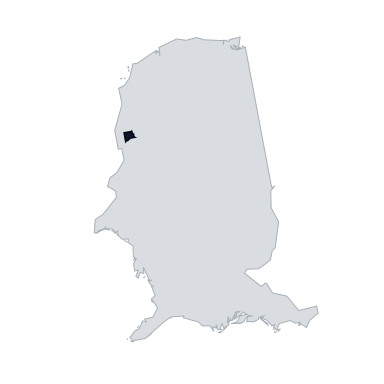 location of Graham, Arizona, United States of America, rotated 80°
{"feature_id": "52423323B31038299720868", "entity_name": "Graham", "entity_type": "district", "adm_level": 2, "iso_a3": "USA", "parent_name": "United States of America", "parent_adm1": "Arizona", "projection": "orthographic", "projection_center": [-110.126, 33.039], "detail": "fine", "context": "in_parent", "style": "filled", "palette": "ink", "viewbox_px": 384, "rotation_deg": 80, "n_neighbors": 0, "source": "geoboundaries", "source_scale": "gbopen_adm2", "svg_char_len": 4570}
<svg xmlns="http://www.w3.org/2000/svg" viewBox="0 0 384 384"><g transform="rotate(80 192 192)"><path d="M311.1,116.6L327.3,107.5L326.0,89.0L333.3,88.8L338.6,98.2L345.4,102.8L340.5,108.1L341.0,110.0L338.9,108.3L339.2,112.8L335.6,117.7L336.7,128.9L341.5,131.8L343.2,130.4L341.9,128.8L342.9,129.4L344.0,131.3L339.0,135.2L337.0,133.5L337.7,136.7L331.4,140.2L327.9,146.2L327.6,143.8L326.5,142.5L327.3,148.4L329.1,148.8L330.4,153.5L329.2,160.7L324.1,158.5L324.9,154.0L323.3,157.5L325.9,161.2L328.3,163.0L329.6,165.5L328.5,176.7L327.7,170.2L322.1,165.9L322.2,159.0L319.4,162.1L323.8,170.5L319.4,169.1L318.3,169.8L318.4,166.6L318.0,165.8L317.6,168.4L318.2,170.3L324.7,171.8L324.1,173.8L320.6,171.6L319.6,171.4L323.8,174.0L325.4,174.3L325.4,176.8L323.2,175.7L326.9,178.2L326.4,178.8L324.6,177.6L321.0,177.9L326.2,179.7L328.8,178.7L334.2,185.9L329.7,180.5L331.9,184.3L326.7,185.2L331.6,188.0L332.9,186.2L331.9,190.7L326.8,191.1L330.3,192.0L328.4,194.8L331.8,195.1L326.8,197.8L325.8,204.8L321.2,208.2L314.3,222.4L312.7,221.5L311.5,232.9L311.8,235.5L315.3,242.7L328.2,263.4L328.2,276.3L324.5,278.2L319.2,272.9L317.4,267.7L310.4,263.0L311.7,259.7L309.0,260.6L308.4,252.2L300.1,246.0L290.4,250.5L287.6,246.3L277.5,248.3L278.4,246.2L277.0,248.4L272.5,250.3L271.8,246.7L271.5,249.4L257.5,253.0L263.9,253.6L262.4,257.4L267.5,259.7L265.5,261.9L259.6,258.6L259.9,262.1L252.6,262.0L247.9,258.4L245.8,261.0L234.9,259.5L229.4,265.1L230.8,263.6L227.3,262.8L226.4,268.9L220.4,273.6L221.7,272.2L217.4,272.2L219.1,274.0L214.4,277.1L213.1,283.8L210.7,283.0L212.9,284.5L213.8,290.4L216.2,293.7L214.8,295.2L202.2,292.0L198.6,283.6L184.3,267.5L177.7,267.0L171.8,274.3L163.7,270.2L159.7,262.4L149.0,253.4L137.0,253.7L137.1,257.2L117.8,257.4L93.3,245.6L77.1,246.2L75.3,240.0L68.9,233.7L55.5,228.0L55.8,223.7L46.5,203.3L47.1,201.4L49.1,204.1L48.1,199.8L53.0,200.0L43.9,199.4L38.6,180.6L41.6,171.4L40.7,160.5L44.1,154.0L48.4,134.7L52.4,135.7L48.0,134.1L50.2,129.1L48.6,128.9L47.7,117.7L57.3,120.8L54.5,126.3L58.3,122.6L57.3,127.4L54.7,128.3L56.4,128.7L58.6,126.9L60.0,122.1L58.4,114.3L201.4,112.8L200.8,109.9L204.5,114.2L221.4,116.8L236.5,111.8L261.5,119.9L263.6,123.1L272.5,126.6L279.2,139.2L277.6,151.5L281.1,154.3L297.0,140.1L294.4,135.4L295.7,134.0L305.4,130.3L311.1,116.6ZM334.3,141.6L337.0,139.8L328.1,147.1L334.9,139.9L334.3,141.6ZM58.4,119.1L59.3,122.2L59.1,122.7L57.7,120.2L58.4,119.1ZM215.9,292.7L213.8,287.7L213.6,284.8L214.1,287.8L215.9,292.7ZM341.3,108.1L342.0,109.6L341.4,109.5L341.3,108.1ZM248.3,259.9L248.8,261.1L247.5,260.3L248.3,259.9ZM60.4,233.4L62.0,232.9L62.1,233.1L60.4,233.4ZM58.7,232.8L58.0,233.6L57.5,232.8L58.7,232.8ZM341.7,134.3L341.3,135.6L341.0,135.5L341.7,134.3ZM214.2,281.9L213.5,284.4L215.3,279.5L214.2,281.9ZM324.3,256.5L326.7,260.6L323.9,256.1L324.3,256.5ZM68.3,238.0L68.9,239.3L68.2,238.1L68.3,238.0ZM329.0,276.8L328.1,278.6L329.5,275.0L329.0,276.8ZM335.5,188.6L334.9,190.7L334.4,186.3L335.5,188.6ZM57.5,116.4L57.4,117.3L56.9,116.8L57.5,116.4ZM219.3,274.9L217.1,276.3L219.3,274.6L219.3,274.9ZM344.5,133.6L344.9,134.7L344.0,134.8L344.5,133.6ZM68.0,241.5L68.4,243.1L67.7,241.7L68.0,241.5ZM216.6,277.2L215.7,278.0L216.4,276.9L216.6,277.2ZM329.8,167.5L329.4,170.3L329.6,166.5L329.8,167.5ZM228.9,266.2L227.5,267.4L229.4,265.4L228.9,266.2ZM312.0,234.0L312.2,235.9L311.8,234.7L312.0,234.0ZM332.3,195.2L332.0,195.7L332.8,193.9L332.3,195.2ZM294.0,249.2L292.5,250.6L291.8,250.6L294.0,249.2ZM271.8,250.1L271.6,250.5L270.5,250.6L271.8,250.1ZM315.6,268.4L316.1,269.6L315.2,268.2L315.6,268.4ZM267.8,253.7L267.8,255.0L267.3,252.8L267.8,253.7ZM325.9,281.1L325.0,281.5L326.2,280.8L325.9,281.1ZM330.5,154.4L330.3,155.7L330.4,153.9L330.5,154.4ZM334.1,191.4L333.7,192.1L334.1,191.4Z" fill="#d9dde1" stroke="#a8b0b8" stroke-width="1"/><path d="M121.9,242.5L121.9,244.1L121.9,247.9L121.9,248.6L122.6,248.6L123.8,248.6L130.1,248.6L130.9,248.6L130.1,247.8L130.1,247.7L130.2,247.3L130.1,247.2L130.2,246.9L130.2,246.6L130.0,246.1L129.9,246.0L129.5,245.3L129.4,245.3L128.3,243.4L128.2,238.8L128.0,239.1L127.8,239.1L127.6,239.2L127.5,239.3L127.4,239.4L127.1,239.4L127.0,239.5L126.8,239.9L126.7,239.9L126.6,240.0L126.4,240.3L126.2,240.2L126.1,239.9L125.7,239.5L125.4,239.5L125.1,239.4L124.9,239.4L124.9,239.5L124.9,239.9L124.9,240.2L124.5,240.3L124.4,240.3L124.1,240.3L123.9,240.3L123.7,240.5L123.4,240.6L123.2,240.6L122.9,240.6L122.7,240.6L122.6,240.8L122.4,240.9L122.2,240.8L122.1,241.0L121.9,241.0L122.0,241.1L121.9,241.1L121.9,241.3L121.9,241.5L121.9,241.8L121.9,242.0L122.0,242.0L122.1,242.3L122.2,242.5L121.9,242.5L121.9,242.5Z" fill="#0f172a" stroke="#020617" stroke-width="1.5"/></g></svg>